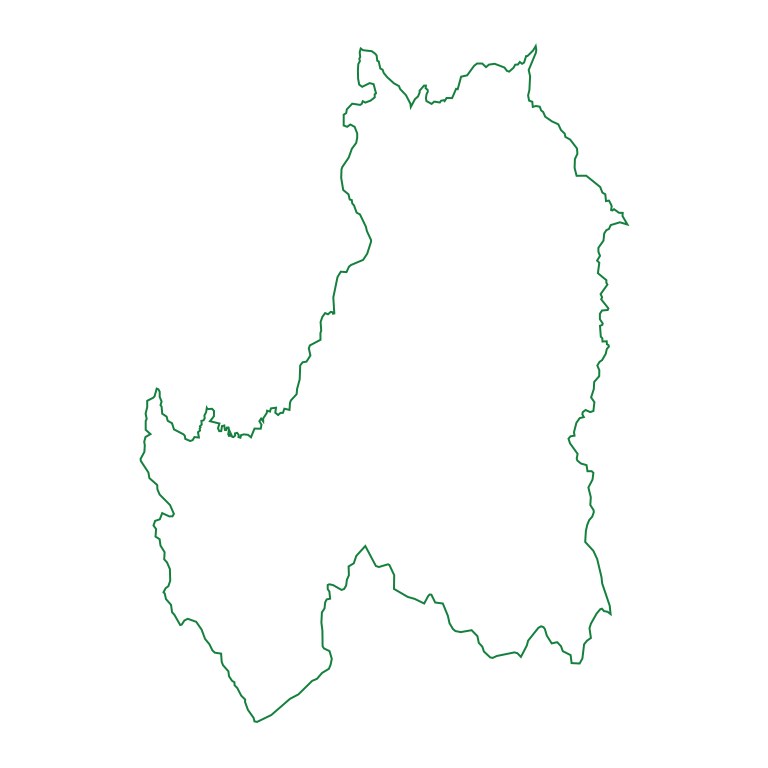 outline of Ban Kha, Ratchaburi, Thailand
{"feature_id": "78962969B84740319728586", "entity_name": "Ban Kha", "entity_type": "district", "adm_level": 2, "iso_a3": "THA", "parent_name": "Thailand", "parent_adm1": "Ratchaburi", "projection": "equal_earth", "projection_center": [99.377, 13.332], "detail": "fine", "context": "isolated", "style": "outline", "palette": "green", "viewbox_px": 768, "rotation_deg": 0, "n_neighbors": 0, "source": "geoboundaries", "source_scale": "gbopen_adm2", "svg_char_len": 6056}
<svg xmlns="http://www.w3.org/2000/svg" viewBox="0 0 768 768"><path d="M627.4,224.5L622.5,216.0L622.7,212.9L619.0,212.8L614.0,209.2L612.3,210.5L611.1,210.0L611.7,206.1L611.0,204.4L609.0,200.6L606.0,201.1L605.3,194.3L602.4,192.6L600.2,187.0L586.2,175.7L576.6,175.8L574.6,167.9L574.9,159.1L577.4,153.8L577.0,148.5L570.2,139.6L565.4,136.9L564.7,133.6L561.0,130.1L558.3,124.3L552.0,121.4L545.2,116.7L543.2,112.0L541.1,110.4L539.8,106.7L535.9,106.0L532.8,106.9L532.3,101.8L529.1,100.6L528.1,95.5L529.4,90.0L530.1,76.3L528.7,70.0L535.8,52.9L536.3,50.0L535.7,46.1L533.1,50.5L527.5,56.0L526.1,56.1L524.1,62.5L522.1,63.8L519.8,62.0L518.0,64.5L515.2,64.7L513.6,67.7L509.2,71.6L507.1,71.0L504.4,67.5L494.7,63.8L489.0,64.6L486.0,67.1L482.2,63.5L477.1,63.5L474.1,65.8L467.2,75.3L461.1,76.7L457.7,89.2L456.1,88.8L452.1,98.1L446.6,98.0L444.6,101.1L443.8,100.2L441.1,100.7L439.8,102.5L434.2,101.6L431.6,103.9L426.5,101.1L425.9,98.3L426.6,94.0L427.8,91.8L427.6,89.8L425.6,88.2L425.9,85.6L424.0,85.6L419.6,90.7L419.7,92.4L418.0,96.5L415.0,99.1L410.8,107.0L410.4,103.7L406.0,95.2L400.1,89.0L399.0,86.1L393.9,83.3L387.1,77.1L383.7,72.9L382.6,69.7L380.3,68.5L378.7,61.4L377.3,60.8L376.6,55.4L375.2,53.7L371.8,51.2L363.0,50.2L360.7,48.5L359.7,52.3L360.2,57.0L359.3,58.7L359.9,61.1L358.3,64.0L357.9,69.8L358.1,78.7L359.2,84.6L362.2,86.8L369.7,83.1L373.6,84.2L376.0,93.3L374.7,94.3L374.7,97.4L370.6,100.6L365.3,102.6L362.8,101.2L361.7,103.9L360.2,104.9L352.2,103.7L346.8,109.4L346.2,113.1L343.7,114.7L343.7,125.5L347.2,126.8L350.3,124.5L354.6,126.8L357.2,133.5L357.2,137.7L356.2,142.9L351.9,148.7L348.7,157.6L342.3,167.0L341.5,169.4L341.2,177.9L343.2,190.0L348.5,194.3L349.7,199.5L351.7,200.0L352.3,203.5L354.0,205.4L356.6,212.6L360.0,214.5L365.9,226.7L366.9,231.1L371.1,240.1L371.0,241.9L367.2,253.7L363.1,259.9L351.0,265.0L349.0,266.6L346.5,272.1L340.8,271.7L337.5,277.1L333.3,297.5L334.3,313.4L333.0,313.7L332.4,312.2L330.7,311.9L328.0,314.3L325.1,313.1L322.3,317.0L320.6,322.0L321.2,330.6L320.4,333.3L320.5,339.8L309.9,345.4L308.8,348.3L310.4,355.5L306.5,361.6L302.6,362.3L300.2,365.4L299.7,379.4L297.1,388.9L296.6,394.2L290.9,400.4L290.0,402.8L289.5,409.9L284.4,408.7L282.9,412.9L280.5,412.9L278.1,415.0L275.3,412.7L276.0,407.7L270.9,408.4L270.0,411.6L267.1,410.7L266.7,413.1L263.2,418.4L263.2,421.4L261.1,418.6L259.4,421.2L261.5,424.8L260.7,428.7L254.5,428.6L251.0,437.3L248.0,434.8L243.8,434.4L241.1,435.1L240.4,437.7L238.5,437.1L238.7,434.9L237.1,432.8L235.0,433.4L235.1,435.6L233.3,437.1L232.3,436.9L230.5,433.0L230.2,435.8L229.0,435.9L228.2,434.2L229.0,429.6L228.5,427.5L227.0,427.6L226.2,430.0L224.9,429.9L224.3,425.5L222.0,426.1L221.2,431.1L219.2,431.1L218.0,428.2L219.4,423.5L210.0,421.2L213.9,416.3L214.0,411.0L212.1,408.8L207.5,409.1L206.8,407.9L206.1,412.2L204.4,415.5L204.7,418.3L203.6,420.3L201.4,420.9L201.7,424.6L199.9,426.3L200.5,427.3L199.7,428.5L200.0,430.6L198.0,432.2L198.9,437.5L194.4,437.1L192.7,440.1L190.2,441.0L185.3,438.9L184.8,435.8L183.6,434.4L174.0,429.4L172.0,423.2L167.7,420.8L166.6,416.6L162.2,413.7L161.6,406.6L160.5,405.1L161.6,401.6L159.7,396.9L159.7,391.8L158.4,389.3L156.7,388.6L154.6,396.2L153.3,397.7L147.2,400.8L147.2,407.2L145.6,413.6L146.7,418.9L145.7,421.0L145.7,429.8L150.5,434.1L145.5,437.0L144.2,441.8L144.8,445.2L144.4,451.8L140.6,458.9L140.8,460.9L148.4,472.5L149.4,478.1L157.2,485.0L157.4,489.3L159.6,494.5L170.0,505.0L173.9,513.9L172.5,516.3L169.3,516.4L162.2,513.1L159.8,519.3L155.1,520.9L153.5,525.5L156.1,529.1L155.5,536.6L159.6,539.2L160.5,545.6L164.6,552.2L164.2,559.3L167.0,562.4L169.9,569.1L170.2,580.8L168.3,586.3L165.6,588.2L163.5,592.3L164.7,593.4L166.0,599.1L171.0,604.8L172.1,612.3L174.4,614.8L180.2,625.0L181.7,624.6L184.4,620.5L187.8,618.8L196.2,621.8L201.6,629.6L205.1,639.0L209.4,644.2L212.4,650.4L214.9,652.7L221.1,653.6L221.7,661.8L223.0,665.2L228.4,671.3L229.0,676.2L232.1,680.9L234.4,682.2L234.6,685.3L237.2,687.9L241.2,695.6L245.2,699.6L245.0,701.8L247.9,709.8L253.6,717.9L254.5,721.4L257.1,721.9L271.3,715.0L290.0,698.8L298.4,694.4L312.1,680.9L317.0,678.8L322.1,672.9L328.9,668.8L330.6,664.7L331.8,658.8L329.5,651.1L323.9,648.4L322.6,646.2L322.4,630.5L321.4,622.6L321.9,612.4L324.5,608.5L325.2,602.2L326.7,599.4L330.1,598.7L329.4,591.6L327.7,589.1L327.7,585.0L329.3,584.3L333.1,585.1L341.5,589.9L344.1,589.0L346.1,585.6L346.9,579.8L348.9,575.2L348.6,566.4L353.8,563.3L356.3,555.9L365.3,546.0L375.9,566.0L378.9,567.0L388.0,564.3L389.4,565.0L394.2,575.2L394.0,588.9L407.7,596.9L414.7,598.9L424.2,603.5L428.2,596.0L429.6,594.5L431.4,594.7L435.2,602.5L442.8,603.5L447.9,615.9L449.5,623.2L453.0,629.1L455.5,631.1L460.8,632.1L471.6,630.2L477.4,636.1L478.8,642.9L482.3,646.6L483.9,651.5L490.2,657.4L492.7,657.9L496.8,656.0L514.4,652.4L517.4,653.2L520.9,656.9L526.8,645.6L528.1,640.7L538.4,627.8L541.1,626.3L543.5,627.2L544.9,629.1L546.8,635.6L551.7,643.4L557.2,642.2L561.0,646.2L562.8,651.2L570.6,655.1L571.6,663.1L579.6,663.5L582.4,658.5L584.1,644.3L587.0,640.7L590.9,638.0L589.5,628.2L590.9,623.7L596.6,613.6L600.3,609.2L601.9,608.7L604.0,611.1L607.6,611.8L610.6,614.1L609.7,605.7L602.2,583.5L601.5,577.2L597.2,559.1L593.4,550.9L585.2,541.9L585.9,530.8L587.3,524.7L589.2,520.1L592.2,516.7L593.8,512.2L593.6,510.2L590.3,505.0L590.8,497.2L588.4,487.5L592.5,479.6L593.4,472.9L591.7,471.2L587.5,471.2L586.5,465.1L580.9,463.5L577.3,460.5L576.7,458.7L577.6,453.9L570.0,443.3L568.5,438.7L570.5,436.3L574.5,435.7L574.0,432.1L576.4,422.8L579.7,418.1L583.8,417.1L582.3,414.2L582.8,412.1L585.6,410.0L590.2,412.1L593.4,411.0L594.4,402.2L591.1,397.4L593.8,389.1L594.2,381.9L599.2,376.2L599.3,370.2L597.3,365.5L599.5,361.9L602.1,360.1L605.7,353.9L606.8,349.0L608.9,346.6L608.5,345.1L606.9,344.2L606.7,341.3L602.5,341.5L602.3,338.2L600.8,336.7L600.0,325.8L602.3,324.9L602.7,323.5L599.9,319.2L599.9,313.8L602.0,310.5L607.7,310.0L608.4,308.4L601.2,299.3L602.1,297.3L600.6,294.1L607.4,284.6L606.3,282.6L606.4,280.2L597.9,273.2L599.3,262.8L597.1,260.6L600.0,255.9L598.4,251.7L598.4,247.8L603.5,240.6L604.2,233.5L606.3,230.2L609.0,228.9L610.7,225.1L619.9,222.3L627.4,224.5Z" fill="none" stroke="#15803d" stroke-width="2"/></svg>